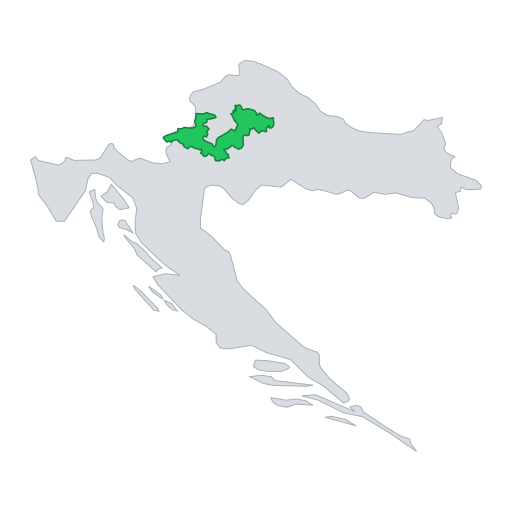 where Zagrebacka sits in Croatia
{"feature_id": "HRV-1588", "entity_name": "Zagrebacka", "entity_type": "County", "adm_level": 1, "iso_a3": "HRV", "parent_name": "Croatia", "parent_adm1": "", "projection": "robinson", "projection_center": [16.033, 45.768], "detail": "fine", "context": "in_parent", "style": "filled", "palette": "green", "viewbox_px": 512, "rotation_deg": 0, "n_neighbors": 0, "source": "natural_earth", "source_scale": "10m", "svg_char_len": 8640}
<svg xmlns="http://www.w3.org/2000/svg" viewBox="0 0 512 512"><path d="M35.4,156.7L38.2,160.5L58.3,165.1L62.7,163.0L65.4,159.9L65.4,158.0L67.1,157.4L74.2,160.4L95.9,160.0L100.4,157.7L108.6,144.5L111.3,143.4L113.0,144.0L114.3,147.9L117.4,151.5L128.3,160.3L132.4,161.4L136.5,159.0L140.7,158.3L152.6,162.9L162.7,163.8L170.1,161.4L166.4,154.4L165.9,150.7L166.4,147.6L171.5,144.5L171.3,143.2L165.1,137.7L165.4,136.3L179.0,130.1L192.0,126.7L194.1,124.0L195.9,112.5L195.2,106.4L189.9,100.7L189.6,97.8L190.9,94.7L192.9,92.0L204.2,88.9L220.7,82.1L225.7,75.9L228.8,74.8L238.0,75.7L239.9,74.2L238.7,65.2L240.3,63.0L245.1,60.4L253.2,61.4L259.9,63.7L277.5,71.6L287.0,78.9L292.2,87.0L299.3,93.3L308.2,97.7L315.3,103.8L320.6,111.4L327.9,115.6L337.3,116.5L343.2,119.2L345.8,123.4L350.9,127.3L358.6,130.8L370.6,132.7L400.7,134.4L414.1,130.3L424.0,119.7L428.3,120.5L442.3,117.5L441.5,123.7L437.3,126.5L441.7,133.0L445.8,143.5L443.7,148.7L446.5,152.8L455.0,156.9L452.6,158.1L450.7,161.5L450.6,167.8L457.5,173.7L475.7,180.2L481.2,185.5L481.3,187.7L480.3,189.2L466.4,189.7L461.0,187.0L460.5,191.2L455.4,192.6L458.5,208.1L457.5,212.6L455.6,214.1L451.7,213.3L450.6,214.8L451.5,218.1L446.5,218.5L438.4,216.8L434.7,213.7L433.9,207.8L431.3,203.1L424.8,198.2L411.5,197.5L395.8,192.9L384.5,194.3L373.7,192.2L364.4,198.3L359.7,198.2L350.2,190.6L347.4,190.1L339.2,194.0L335.8,194.2L322.1,190.1L317.1,189.4L313.4,190.8L306.9,189.3L291.0,179.4L281.2,187.0L261.3,185.1L255.4,190.2L248.6,200.1L243.1,204.7L238.4,203.1L232.7,198.7L222.8,187.6L217.8,185.6L212.1,185.2L207.1,186.4L204.4,188.6L200.5,219.3L200.4,228.0L211.4,236.1L224.4,249.9L228.6,251.5L230.7,256.0L237.1,280.8L243.8,289.5L266.2,309.7L275.7,322.6L304.5,347.7L317.2,352.2L319.2,354.5L319.4,364.3L320.8,367.9L329.3,378.2L346.7,393.1L348.7,396.6L349.3,399.1L348.2,401.1L343.7,403.1L323.7,386.2L308.1,377.0L290.5,359.6L267.1,352.8L251.1,345.2L230.8,348.7L224.2,348.8L219.5,347.4L216.2,342.7L216.1,334.3L206.8,326.7L194.0,319.5L182.0,310.1L157.9,284.9L153.0,276.8L165.5,273.7L179.9,275.3L164.4,264.6L142.3,243.6L135.7,233.7L135.0,223.0L136.7,208.3L132.8,197.9L115.8,184.5L109.6,177.4L97.1,173.2L91.5,173.6L88.0,178.9L85.5,190.5L64.4,221.3L56.3,221.2L47.4,206.4L38.9,195.3L37.0,183.7L30.7,160.0L35.4,156.7ZM410.1,439.4L410.3,442.9L416.6,451.6L388.6,432.3L362.3,416.6L343.7,412.8L318.3,400.2L301.7,395.8L315.3,394.7L354.5,411.5L350.1,407.1L355.7,405.3L360.5,406.6L363.6,412.1L385.7,426.9L399.8,435.6L410.1,439.4ZM104.4,238.1L103.8,241.9L99.1,237.2L96.8,228.7L91.1,215.1L90.3,211.3L93.4,207.5L93.3,203.7L89.2,191.9L92.7,190.0L94.8,189.7L95.6,197.9L97.4,202.6L103.0,208.4L101.8,218.1L102.9,231.9L104.4,238.1ZM129.3,207.8L119.9,209.8L115.4,206.2L114.2,203.2L106.5,202.2L100.9,196.2L107.5,191.7L111.2,184.3L123.9,199.4L129.3,207.8ZM281.5,371.3L269.2,371.5L258.6,369.8L253.4,366.8L255.4,360.1L267.2,360.6L285.2,363.6L289.7,367.1L288.3,368.7L281.5,371.3ZM313.2,385.2L307.8,386.2L273.3,385.4L263.2,383.4L249.8,376.7L261.0,375.3L271.5,376.7L274.7,380.5L313.2,385.2ZM158.1,269.2L156.1,271.8L137.0,254.8L134.8,249.2L125.3,237.7L123.9,234.6L132.6,242.2L135.9,242.9L144.2,250.2L152.4,259.6L162.1,267.8L158.1,269.2ZM271.1,397.6L285.5,400.2L296.0,399.0L305.5,400.6L312.9,405.2L296.5,404.1L286.7,407.2L278.0,405.6L274.7,403.6L272.3,401.1L271.1,397.6ZM158.0,308.8L159.0,311.2L153.9,310.3L135.1,289.4L133.1,285.3L139.9,290.2L158.0,308.8ZM125.0,220.4L132.8,232.9L125.5,229.1L119.1,227.6L117.7,224.8L120.1,220.1L125.0,220.4ZM345.5,419.4L356.2,425.9L325.0,417.3L331.8,416.4L345.5,419.4ZM172.1,303.9L177.2,311.0L172.3,309.6L167.3,305.2L164.3,300.4L172.1,303.9ZM161.3,295.4L162.5,298.8L152.9,292.5L148.6,286.3L161.3,295.4Z" fill="#d9dde1" stroke="#a8b0b8" stroke-width="1"/><path d="M186.3,127.7L189.1,128.1L192.1,128.0L193.6,127.6L195.2,126.9L195.9,126.0L195.9,124.6L195.0,122.7L194.7,121.5L195.0,120.4L195.5,119.3L195.9,118.1L196.0,116.5L195.9,113.6L197.2,113.6L202.6,114.0L204.2,113.7L205.2,113.1L206.5,112.7L207.1,112.7L207.6,112.9L208.2,113.2L209.2,113.6L213.9,114.8L214.5,115.1L215.0,115.4L215.7,116.6L216.0,117.3L214.1,118.2L210.1,119.0L209.0,119.1L207.6,119.0L207.0,119.2L206.7,119.5L206.7,120.0L206.9,120.5L207.0,121.2L206.9,121.8L206.5,122.5L205.9,122.8L204.0,123.1L203.4,123.4L203.2,123.5L203.2,123.8L203.2,124.1L202.8,125.5L203.0,125.7L203.4,126.1L206.2,126.0L207.1,126.8L209.0,129.0L208.1,130.1L206.4,132.2L207.9,134.1L206.4,137.0L204.0,135.8L203.4,136.9L203.1,137.9L203.1,138.4L203.1,138.8L203.2,139.2L203.3,139.3L203.6,139.7L204.2,140.2L206.3,141.6L211.1,143.4L211.6,143.7L212.0,144.0L212.4,144.4L212.6,144.8L212.8,145.2L213.0,145.6L213.3,146.0L214.6,146.7L215.9,144.8L216.5,139.9L218.1,137.8L227.5,132.4L231.2,129.1L231.5,129.2L233.6,130.4L234.9,130.8L235.1,130.7L235.3,130.5L235.5,129.7L236.0,128.7L236.3,127.9L236.4,127.1L236.5,126.8L236.6,126.6L237.8,125.5L238.0,125.2L237.8,124.7L237.3,123.9L234.6,120.6L234.1,119.9L233.1,117.3L231.0,113.8L233.3,113.0L233.5,112.8L233.8,112.6L233.7,112.5L233.6,112.4L233.2,112.1L233.1,111.8L233.0,111.6L233.1,111.0L233.2,110.8L233.2,110.6L233.4,110.6L233.6,110.6L233.9,110.7L234.2,110.7L234.7,110.9L235.0,111.0L235.3,110.9L236.0,110.8L236.3,110.6L236.3,110.4L236.0,110.1L235.8,109.9L235.1,109.5L235.0,109.3L234.8,108.9L235.1,108.7L236.3,108.1L236.5,107.8L236.5,107.6L236.3,107.3L236.1,107.1L235.8,107.0L235.4,106.8L235.2,106.6L235.0,106.3L235.0,105.8L235.2,105.5L235.4,105.3L235.8,105.3L236.9,105.6L237.2,105.6L237.5,105.6L238.5,105.1L238.8,105.0L239.1,105.0L240.2,105.2L241.3,106.9L241.6,107.3L241.9,108.5L242.1,108.9L242.4,109.3L242.8,109.6L243.0,109.8L243.6,109.8L244.4,109.7L245.7,109.1L248.0,108.7L253.6,110.2L254.5,110.6L255.7,112.2L256.3,112.8L256.5,113.0L256.6,113.4L256.6,113.7L256.4,114.1L256.3,114.7L256.5,114.9L256.9,115.0L257.9,114.7L258.5,114.4L258.8,114.2L259.0,113.7L259.4,113.3L259.6,113.1L259.9,113.1L260.3,113.3L262.2,115.1L262.7,115.4L265.6,116.9L266.1,117.3L266.4,117.6L266.5,117.9L266.7,118.0L267.0,118.0L267.7,117.9L268.1,117.9L268.7,118.2L269.1,118.5L269.5,118.6L270.1,118.5L272.4,117.7L273.5,118.2L273.4,119.1L273.4,120.1L273.8,123.0L273.7,123.6L273.6,124.8L273.2,126.2L272.1,127.4L271.5,127.8L270.9,128.0L269.9,128.0L269.3,127.8L269.0,127.4L269.1,127.0L269.2,126.5L269.3,126.1L269.1,125.7L268.6,125.7L268.1,126.0L266.5,128.3L266.3,128.9L266.4,129.7L266.6,131.2L266.4,131.6L265.9,131.8L263.4,131.0L261.2,131.0L260.6,131.3L259.8,132.5L258.6,133.2L255.3,129.9L254.4,128.6L254.2,128.0L254.0,127.8L253.8,127.7L253.6,127.8L253.4,127.9L253.3,128.0L253.0,128.7L252.9,128.8L249.8,128.8L250.0,129.5L250.0,129.9L250.1,130.3L250.0,130.9L249.4,132.8L249.1,134.7L249.1,134.9L248.9,135.1L248.6,135.2L247.2,135.6L246.9,135.6L246.4,135.5L245.1,134.8L244.7,134.8L244.3,135.2L243.1,136.7L242.9,137.4L242.8,138.3L243.3,140.8L243.0,142.0L243.4,144.8L241.9,147.6L240.9,148.4L238.8,149.1L238.0,149.0L237.4,148.5L236.8,148.1L236.3,147.7L235.7,147.6L235.0,147.5L234.6,147.3L234.4,147.0L233.8,146.1L233.0,145.7L232.4,145.6L231.9,145.6L231.5,145.8L231.2,146.0L229.9,147.2L227.7,148.8L227.2,149.0L226.4,149.1L224.8,148.9L224.4,149.1L224.2,149.4L224.1,149.9L224.2,150.4L224.4,150.6L224.7,150.8L225.4,151.0L225.7,151.2L225.9,151.6L225.9,152.2L226.0,152.6L226.2,152.9L226.5,153.2L227.8,154.1L228.2,154.6L228.4,155.1L228.4,156.5L228.5,156.9L228.8,157.2L229.0,157.4L229.1,157.7L229.0,157.9L228.8,157.9L227.8,157.8L226.9,158.1L226.3,158.3L224.2,160.6L223.5,160.0L223.2,159.8L222.6,159.6L221.8,159.6L221.2,159.7L220.6,160.1L220.0,160.6L218.9,160.9L215.7,160.7L215.1,159.8L215.2,158.6L215.2,158.3L215.2,158.0L214.7,157.2L213.2,155.7L211.1,155.3L210.8,155.2L210.6,155.0L210.6,154.7L210.6,154.3L210.5,154.0L210.3,153.8L209.9,153.7L209.5,153.6L208.4,153.9L206.3,156.1L205.3,156.3L204.5,156.4L204.1,156.3L203.8,156.2L202.4,154.4L201.9,154.0L200.8,153.2L200.7,152.7L201.0,152.3L201.4,152.0L201.7,151.5L201.7,151.1L201.3,149.3L201.2,149.1L200.3,149.8L200.1,149.9L199.8,149.9L199.3,149.7L198.4,149.2L197.7,148.9L196.9,148.7L194.9,148.4L192.1,146.8L191.6,146.6L191.0,146.5L190.1,146.7L189.6,146.9L189.2,147.2L188.9,147.5L188.2,148.6L187.6,148.6L186.8,148.3L184.8,147.0L183.5,145.8L183.3,145.4L183.3,145.2L183.4,144.9L183.5,144.6L183.4,144.4L183.0,144.1L180.4,143.0L179.6,142.4L178.5,141.4L177.9,140.5L177.5,140.1L177.1,139.9L176.4,139.8L173.5,140.3L172.1,141.7L171.0,142.2L169.8,141.0L169.5,140.8L169.2,141.0L168.3,141.2L168.0,141.4L167.9,141.8L167.5,142.0L166.5,141.7L165.9,141.2L165.5,140.8L164.7,139.5L164.0,138.9L163.4,138.6L163.3,138.2L163.7,137.1L164.4,136.5L167.5,135.0L169.6,134.4L177.1,132.2L178.0,131.6L177.9,130.7L177.6,129.7L177.9,128.8L178.8,128.5L179.6,128.6L180.5,128.8L181.4,128.9L182.1,128.7L183.5,127.7L184.3,127.4L186.3,127.7Z" fill="#22c55e" stroke="#15803d" stroke-width="1.5"/></svg>